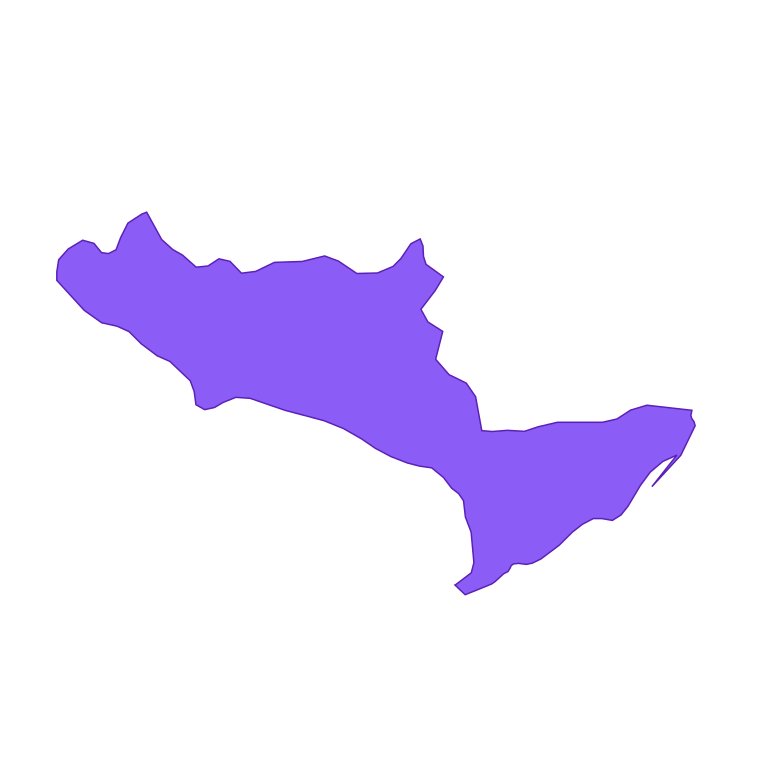 an SVG outline of Kaohsiung City, rotated 256°
{"feature_id": "TWN-1156", "entity_name": "Kaohsiung City", "entity_type": "Special Municipality", "adm_level": 1, "iso_a3": "TWN", "parent_name": "Taiwan", "parent_adm1": "", "projection": "robinson", "projection_center": [120.587, 22.979], "detail": "fine", "context": "isolated", "style": "filled", "palette": "violet", "viewbox_px": 768, "rotation_deg": 256, "n_neighbors": 0, "source": "natural_earth", "source_scale": "10m", "svg_char_len": 1644}
<svg xmlns="http://www.w3.org/2000/svg" viewBox="0 0 768 768"><g transform="rotate(256 384 384)"><path d="M284.0,676.4L279.1,674.1L276.0,674.3L272.4,675.7L268.2,675.8L243.0,654.7L219.6,619.1L244.2,651.0L241.4,635.8L237.3,627.5L234.0,620.9L223.7,608.4L206.3,591.1L199.6,582.3L196.4,572.6L200.6,563.1L202.8,554.6L199.9,542.6L194.7,530.9L185.2,515.0L176.3,494.0L174.3,484.6L174.5,478.6L177.4,471.1L178.1,466.2L177.0,463.5L174.6,461.6L172.0,458.9L170.9,454.1L165.4,444.0L163.9,440.0L159.9,411.8L171.8,404.2L172.0,405.1L179.7,423.0L188.9,428.0L219.2,432.7L235.2,430.8L251.5,432.9L259.6,429.9L266.4,424.5L278.9,419.1L291.1,410.0L295.7,398.7L301.5,387.9L311.7,373.4L323.6,360.1L336.1,349.0L350.5,334.0L363.0,316.8L382.3,281.8L402.5,250.6L406.9,237.0L405.0,223.3L402.2,213.9L402.5,203.8L409.4,196.5L422.6,198.0L434.0,196.8L457.7,181.7L466.3,170.7L481.7,158.2L496.5,149.3L504.7,138.9L511.7,124.9L527.9,111.0L563.7,91.6L572.1,93.7L583.3,98.4L591.4,110.3L592.7,114.4L596.4,126.4L590.6,136.6L579.8,141.7L577.2,148.3L579.1,156.5L589.8,163.9L602.1,174.5L607.5,190.2L608.1,195.3L578.0,203.2L565.5,211.6L557.8,219.7L542.8,230.0L541.1,241.8L545.4,254.1L540.3,264.2L526.0,272.5L524.3,286.6L528.5,307.1L522.7,334.3L522.6,357.4L514.3,369.5L497.8,384.4L493.3,404.5L495.9,421.3L501.7,430.8L513.6,444.0L516.0,454.2L508.5,455.2L508.4,455.2L498.3,453.2L490.0,453.7L473.5,467.6L462.2,456.2L447.6,437.9L433.6,441.6L420.8,453.7L395.5,440.1L377.3,449.4L365.0,464.0L349.5,469.8L315.1,467.6L311.7,477.6L309.2,492.5L304.1,508.8L305.2,523.3L304.9,542.9L294.0,586.7L293.7,601.5L299.0,616.9L299.8,634.0L284.0,676.4Z" fill="#8b5cf6" stroke="#5b21b6" stroke-width="1.5"/></g></svg>